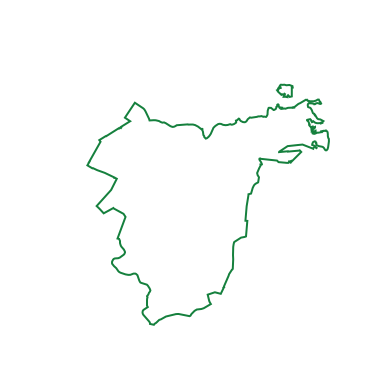 outline of Inner West, New South Wales, Australia, rotated 24°
{"feature_id": "25037944B74627164094069", "entity_name": "Inner West", "entity_type": "district", "adm_level": 2, "iso_a3": "AUS", "parent_name": "Australia", "parent_adm1": "New South Wales", "projection": "natural_earth1", "projection_center": [151.167, -33.89], "detail": "fine", "context": "isolated", "style": "outline", "palette": "green", "viewbox_px": 384, "rotation_deg": 24, "n_neighbors": 0, "source": "geoboundaries", "source_scale": "gbopen_adm2", "svg_char_len": 5830}
<svg xmlns="http://www.w3.org/2000/svg" viewBox="0 0 384 384"><g transform="rotate(24 192 192)"><path d="M254.8,286.7L253.2,285.6L252.1,284.6L248.1,279.4L253.7,274.3L259.7,273.3L259.9,267.1L259.6,266.9L260.1,265.8L259.6,265.4L259.5,253.6L259.3,252.0L260.1,246.7L260.4,246.4L260.5,245.6L257.0,236.7L255.1,232.9L252.0,225.4L251.3,222.9L250.9,220.8L251.2,220.1L255.4,213.7L258.3,211.7L259.4,210.6L254.3,195.9L252.5,196.5L247.7,182.7L244.9,172.1L244.5,171.1L246.6,169.4L245.8,163.6L245.9,160.9L246.2,159.7L246.8,158.5L248.5,156.3L247.2,151.4L246.8,151.0L245.2,150.0L243.8,148.2L243.7,143.0L243.9,140.1L243.7,139.5L243.4,139.1L244.5,138.6L244.6,138.2L243.1,136.8L240.4,135.0L240.1,134.1L240.5,133.7L240.8,133.9L256.9,128.7L258.9,129.5L266.8,126.8L268.3,126.1L268.3,124.6L270.2,125.0L270.3,124.5L269.2,124.1L270.2,123.0L270.8,123.2L275.5,111.0L273.6,110.2L273.5,110.5L273.2,110.5L263.2,116.1L263.0,115.8L255.4,120.1L255.3,119.7L260.7,111.2L269.3,106.2L273.7,103.7L284.8,103.2L284.6,102.9L286.0,100.9L287.8,101.3L287.9,101.0L286.2,100.5L285.3,100.0L282.6,100.1L282.3,98.8L282.3,97.4L282.5,96.9L283.5,95.8L284.3,95.7L284.9,96.4L285.4,96.4L285.8,96.9L285.6,97.2L286.8,98.5L289.1,98.5L292.6,97.7L293.4,97.7L294.4,98.0L296.5,99.4L297.4,99.5L298.0,99.1L298.4,97.6L298.1,95.6L296.5,90.1L295.4,87.8L294.5,87.2L293.3,85.6L292.6,84.0L291.6,82.3L290.9,81.7L290.4,81.6L289.5,81.8L289.2,81.4L287.2,83.0L287.0,82.8L285.4,84.0L286.0,84.6L285.8,84.7L283.5,86.3L282.4,86.8L280.3,89.0L279.5,89.3L278.8,89.4L278.6,89.4L278.6,89.2L280.6,86.9L280.0,85.8L278.3,87.8L277.9,88.8L276.8,87.7L277.0,87.6L276.9,87.5L276.7,87.7L276.6,87.3L276.4,87.1L277.2,86.4L277.1,86.2L276.3,87.1L275.9,86.6L278.0,84.2L277.8,84.0L276.3,85.7L275.7,85.2L278.0,82.7L277.9,82.5L275.2,85.3L274.5,84.7L276.1,83.3L275.7,83.0L274.3,84.4L272.6,83.7L271.8,83.2L271.4,82.4L271.7,82.2L269.0,79.7L268.6,80.0L268.0,79.8L267.8,79.4L267.9,79.2L270.3,77.4L271.4,77.8L272.4,78.9L273.2,79.4L273.5,79.1L273.6,78.4L273.8,78.0L276.4,78.6L278.3,78.3L280.6,77.2L281.5,76.4L281.9,76.7L281.7,76.9L281.8,77.0L283.1,75.8L283.0,75.5L282.5,75.8L282.3,75.6L282.8,75.2L282.9,74.5L283.2,73.8L279.8,73.5L277.7,74.1L276.6,73.9L275.7,73.4L273.7,71.9L273.5,72.2L273.1,72.1L272.5,71.5L272.6,71.3L272.0,70.9L271.8,71.1L270.3,70.7L268.2,68.5L266.5,67.3L265.6,67.0L263.7,67.2L263.4,67.1L262.4,65.6L262.2,64.8L262.3,64.1L263.2,62.9L263.3,63.1L265.7,62.2L268.1,61.8L268.2,62.0L268.7,61.7L269.0,61.2L269.3,60.5L270.8,59.6L272.9,59.5L273.7,59.2L274.0,58.7L272.6,57.5L272.2,57.6L270.2,56.0L269.2,56.5L268.2,58.0L267.2,58.8L267.1,59.1L265.7,59.9L263.0,61.1L261.0,61.4L261.0,61.6L260.1,61.2L260.1,61.4L259.8,61.4L259.3,61.2L258.5,61.4L254.6,66.9L253.4,68.2L251.3,72.2L251.1,72.9L250.5,73.4L250.2,73.2L249.9,73.3L249.8,73.6L250.3,73.8L249.8,74.1L249.7,73.9L249.5,74.0L245.4,76.1L243.5,77.9L242.6,78.1L240.4,79.4L240.1,78.3L238.0,78.9L238.2,79.6L237.6,79.4L236.4,78.4L235.6,77.1L235.1,76.9L234.7,77.1L234.4,77.6L234.8,78.8L234.8,79.7L234.6,79.9L234.7,80.0L234.7,82.2L233.7,83.6L233.2,83.9L230.0,83.0L228.0,83.8L227.8,84.1L228.1,86.9L229.5,90.6L229.4,92.5L229.1,93.3L227.1,93.8L226.6,94.3L224.6,94.4L223.3,95.3L221.7,96.0L221.3,96.5L220.2,97.3L215.8,100.1L214.6,100.3L213.3,102.9L213.1,104.6L212.8,105.6L212.1,106.6L211.4,107.0L210.0,107.4L207.8,107.3L206.9,107.0L205.4,105.9L204.8,106.0L204.1,107.9L203.1,108.9L204.0,110.2L204.0,110.8L202.8,112.8L201.5,114.0L200.5,114.5L199.3,114.5L197.4,116.2L195.5,117.3L193.1,118.0L190.8,118.0L189.2,118.6L188.2,119.4L186.5,122.1L185.5,124.5L185.5,131.2L185.2,133.0L184.8,134.6L183.8,136.7L182.9,137.6L180.9,136.8L180.3,135.9L179.3,135.4L177.5,132.5L176.7,131.7L176.0,131.2L176.1,130.6L175.9,130.2L175.6,130.2L175.3,130.9L170.9,129.8L167.6,129.6L165.4,130.0L161.0,132.0L160.7,131.9L151.3,137.0L150.8,137.3L150.1,138.5L149.0,139.7L147.9,140.4L146.6,140.6L145.3,140.6L140.0,139.8L138.2,139.8L136.7,140.7L135.1,140.8L133.0,140.6L129.8,141.2L128.0,141.9L124.1,143.9L123.0,142.6L116.8,137.3L114.8,135.9L113.4,135.4L103.5,133.7L100.5,151.4L106.7,152.5L100.6,161.5L101.2,161.9L101.1,162.3L100.7,162.1L100.4,162.3L99.6,163.7L99.2,163.5L91.0,175.8L90.8,175.7L90.5,176.0L86.2,182.3L88.0,183.3L85.8,206.4L86.0,206.3L85.6,210.2L91.4,210.9L91.8,210.5L96.5,210.6L104.5,210.0L115.2,210.3L115.3,210.7L116.4,210.4L117.9,210.5L117.3,223.0L110.6,243.6L114.2,244.9L120.0,247.4L126.7,238.6L127.1,238.9L138.3,239.8L141.4,241.8L142.9,264.8L144.5,264.5L146.2,266.1L146.6,267.1L147.2,268.2L148.8,270.0L149.8,270.7L153.2,272.3L154.9,273.7L155.4,274.5L155.4,276.4L155.0,277.3L152.7,281.3L151.5,282.5L148.5,284.1L147.7,285.0L147.4,286.0L147.3,288.0L147.7,289.2L148.2,290.0L150.8,291.4L153.8,292.4L156.9,294.3L158.1,294.7L159.7,294.8L164.8,294.3L167.6,293.6L169.4,292.7L171.7,290.4L173.4,289.6L174.2,289.6L176.0,290.2L179.9,294.4L181.5,295.6L182.4,295.7L188.5,295.0L189.9,295.6L192.6,297.4L194.0,298.8L194.1,300.1L193.7,301.5L193.8,303.5L193.3,305.3L193.5,305.8L193.9,305.9L194.3,306.6L194.3,307.4L194.8,308.9L197.1,314.1L198.4,315.1L195.6,319.5L195.4,320.8L195.8,322.2L196.5,323.2L197.5,324.0L205.9,327.9L207.1,329.0L207.3,329.6L211.2,328.8L211.4,327.7L212.5,326.0L214.1,322.1L215.3,321.1L218.9,316.3L227.1,310.0L229.3,308.9L240.3,306.4L240.9,305.6L241.1,303.8L242.7,299.5L244.2,297.4L248.1,295.1L250.0,293.4L254.8,286.7ZM241.5,55.6L240.7,54.4L237.5,54.6L234.8,56.1L232.8,56.4L230.9,57.4L229.6,57.8L229.1,58.8L229.0,60.2L229.5,60.0L229.7,60.3L229.1,60.7L229.0,61.0L230.4,60.4L230.7,60.9L229.4,61.7L229.3,62.7L228.8,62.8L228.5,63.8L229.2,63.8L229.3,64.5L228.9,64.7L229.7,65.1L229.7,65.3L233.6,66.7L233.6,66.4L234.4,66.6L234.7,66.1L235.9,66.2L235.9,65.8L236.4,65.8L236.5,64.7L237.1,64.8L237.0,67.8L237.3,67.7L237.4,66.6L237.9,66.7L238.1,67.1L239.7,66.8L240.1,66.2L240.6,66.3L240.4,65.5L240.5,65.1L240.2,64.9L240.4,64.5L242.6,65.4L244.3,64.1L240.7,56.0L241.5,55.6Z" fill="none" stroke="#15803d" stroke-width="2"/></g></svg>